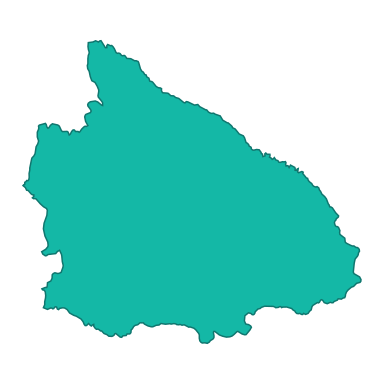 Prata, Minas Gerais, Brazil
{"feature_id": "56859067B48710486715982", "entity_name": "Prata", "entity_type": "district", "adm_level": 2, "iso_a3": "BRA", "parent_name": "Brazil", "parent_adm1": "Minas Gerais", "projection": "equal_earth", "projection_center": [-48.964, -19.276], "detail": "fine", "context": "isolated", "style": "filled", "palette": "teal", "viewbox_px": 384, "rotation_deg": 0, "n_neighbors": 0, "source": "geoboundaries", "source_scale": "gbopen_adm2", "svg_char_len": 5884}
<svg xmlns="http://www.w3.org/2000/svg" viewBox="0 0 384 384"><path d="M43.4,307.7L47.5,309.4L50.6,308.0L51.9,308.1L52.7,308.8L53.7,308.6L54.6,307.3L55.5,306.8L56.6,307.1L57.4,309.1L58.6,309.6L59.6,308.4L62.6,307.8L64.6,308.0L67.2,309.6L69.6,313.0L73.7,315.3L76.3,316.2L81.0,319.0L83.1,321.7L84.2,324.4L85.2,325.6L86.6,325.5L88.6,323.5L90.4,325.5L91.5,326.0L92.5,324.9L93.7,324.4L93.8,326.3L95.2,328.3L96.4,329.3L97.9,329.1L99.3,329.8L100.4,330.9L101.6,330.9L104.0,333.5L106.9,334.6L108.8,336.2L111.9,336.4L113.2,335.8L114.2,335.0L114.7,333.9L115.8,333.5L120.2,337.1L121.7,337.3L123.0,335.8L126.2,335.5L127.0,334.0L129.8,333.9L130.9,332.7L131.2,329.8L132.2,329.0L133.7,326.5L135.1,325.4L137.8,324.7L140.0,322.8L143.5,322.9L144.3,324.0L147.9,325.9L151.3,326.8L152.8,326.8L156.2,325.3L159.1,325.0L160.9,323.5L165.5,324.2L170.1,323.7L171.0,324.1L173.8,323.6L175.8,323.9L176.7,324.6L178.9,324.8L180.0,324.4L182.0,325.2L184.2,324.8L188.9,327.2L190.0,326.9L193.9,328.2L195.8,329.8L198.6,333.3L199.3,334.8L199.3,338.4L199.8,340.8L200.9,342.2L202.2,343.0L204.8,342.8L207.3,343.3L209.3,342.1L210.4,340.6L212.9,339.1L213.9,337.7L214.0,335.9L213.4,332.6L213.7,331.5L214.8,331.4L219.3,334.9L222.6,336.2L226.4,337.1L229.9,336.8L232.1,336.0L234.1,334.4L236.9,331.7L237.9,331.4L242.1,334.0L244.8,334.8L246.1,334.6L249.9,330.0L251.4,327.3L250.7,326.0L248.6,324.6L245.9,324.1L245.2,322.8L244.4,320.9L244.9,315.7L248.5,312.8L251.0,313.5L252.1,314.6L253.1,314.8L254.0,314.4L254.8,313.3L255.2,311.8L258.0,309.0L260.1,308.5L261.4,307.4L264.6,306.2L273.2,306.4L274.6,306.9L275.7,307.7L278.3,307.4L279.7,306.6L280.7,306.6L281.6,307.6L282.8,307.1L286.6,307.0L291.7,308.5L292.8,309.8L294.9,311.1L295.6,312.4L296.9,313.5L298.5,313.7L299.9,313.4L301.4,314.4L302.7,314.5L303.6,313.4L305.6,314.4L308.1,313.4L309.6,311.2L311.2,309.9L312.0,306.6L313.0,305.3L317.3,302.6L318.5,302.9L319.4,302.3L320.5,300.3L321.4,299.7L322.7,300.3L324.2,302.6L327.2,303.7L330.3,302.3L331.9,302.8L333.1,302.7L334.1,301.5L337.4,300.1L338.2,298.8L341.4,299.1L343.2,298.0L344.7,297.7L345.4,296.0L345.5,294.5L346.6,291.8L348.1,290.0L351.4,287.2L353.6,286.4L356.6,283.3L360.0,282.4L360.8,281.4L361.0,279.6L359.6,276.9L354.0,273.7L353.3,272.1L354.2,263.3L355.1,259.1L357.6,256.0L358.2,254.7L358.5,252.8L359.5,251.2L359.2,249.4L358.4,248.2L357.0,247.4L356.0,247.5L353.9,245.9L352.8,246.1L350.8,245.4L346.4,243.2L345.2,242.0L344.8,238.2L339.9,234.4L339.6,232.4L339.9,230.6L338.5,227.4L337.4,226.6L336.2,226.5L335.4,225.8L334.8,224.4L334.4,222.5L334.9,221.1L335.8,220.2L336.3,218.8L338.3,217.1L338.6,215.9L335.6,212.7L332.4,207.9L331.0,207.0L329.7,206.8L329.2,205.0L328.4,204.1L326.4,198.9L324.7,196.6L321.8,194.0L320.5,191.2L319.6,190.3L318.7,187.8L317.0,186.6L316.0,187.1L313.7,186.3L312.7,185.3L311.7,183.5L309.2,181.6L308.1,180.0L307.6,178.3L306.4,178.0L302.7,173.4L303.2,172.2L301.9,171.5L298.6,172.7L297.7,172.0L298.2,168.6L297.1,169.1L296.5,170.4L295.1,170.3L295.2,168.7L294.8,167.4L290.5,165.1L289.1,167.5L288.3,166.0L287.2,165.6L286.1,166.0L285.6,164.2L286.0,162.8L285.4,161.6L284.0,161.9L282.6,161.7L280.1,162.4L278.8,162.2L277.9,160.6L275.9,160.0L274.3,157.6L273.4,158.7L272.2,159.4L271.5,158.3L269.5,157.2L270.0,155.9L269.9,154.3L266.9,154.2L265.8,153.0L264.8,153.9L265.0,155.9L262.9,156.6L262.4,154.0L261.3,153.6L261.1,152.4L259.2,149.8L256.6,149.5L253.8,150.2L252.4,149.9L251.4,149.0L251.1,147.3L249.1,146.0L248.7,144.7L247.5,143.3L246.1,142.6L244.5,137.7L243.3,135.8L239.2,134.0L235.2,129.0L232.5,127.7L232.1,126.5L231.3,125.6L228.2,122.9L227.2,122.8L222.8,120.2L220.2,115.9L215.2,114.2L213.7,113.2L211.0,113.4L208.5,112.1L206.7,109.9L205.6,109.8L199.8,106.7L197.8,104.5L194.5,105.1L187.9,101.9L186.3,101.6L185.0,102.9L183.7,102.5L178.7,98.4L175.6,97.5L173.7,95.9L170.8,95.7L168.3,93.4L167.1,93.1L162.8,92.8L161.8,91.6L161.4,90.1L161.6,88.8L160.6,88.0L158.3,87.7L156.2,86.5L152.8,82.3L151.9,81.6L149.7,81.1L148.9,78.2L146.7,76.8L146.2,75.0L144.7,74.5L143.3,72.1L142.0,71.4L140.5,69.0L138.7,62.7L138.1,61.5L136.0,60.7L134.7,60.8L130.8,58.7L126.8,58.4L125.2,56.0L124.1,55.4L122.7,55.8L121.5,55.4L120.1,53.6L118.8,53.1L117.3,53.3L116.1,52.6L114.4,48.8L113.0,46.7L111.7,45.5L110.4,45.7L107.7,44.5L106.8,45.7L106.8,47.6L105.4,47.7L101.0,40.7L99.8,40.9L98.5,42.0L95.6,40.8L92.9,42.0L88.3,42.6L88.0,46.5L88.4,49.6L89.2,52.1L89.0,53.7L88.3,55.3L87.9,58.7L87.9,63.6L87.3,65.6L87.7,68.7L89.2,71.4L90.3,76.7L91.8,80.7L95.0,82.4L97.2,86.2L98.7,89.9L98.7,91.6L98.0,95.7L98.3,97.1L101.9,101.5L102.6,102.8L102.6,105.5L101.5,105.1L97.8,102.0L95.3,101.0L90.2,101.8L88.3,103.2L87.7,104.6L87.9,106.0L90.5,109.5L91.2,111.0L90.4,112.6L85.9,114.4L85.2,115.3L84.7,116.9L85.6,121.4L87.9,125.6L86.3,126.5L85.1,126.2L83.8,127.0L81.6,129.2L80.1,131.5L79.2,132.3L78.1,131.5L75.5,131.5L74.4,130.0L73.1,129.9L71.7,131.4L70.2,134.3L69.2,135.0L68.1,132.1L67.1,131.4L62.5,131.6L61.4,130.6L59.3,126.1L57.8,125.0L52.4,123.8L50.4,125.3L48.9,127.7L47.9,128.2L46.8,126.8L46.3,124.7L45.4,123.4L39.3,125.1L38.5,126.1L38.8,127.8L38.5,129.4L37.3,132.2L37.3,137.0L38.6,141.0L37.8,143.8L36.1,146.8L35.1,153.6L33.9,155.9L32.0,157.9L31.6,159.1L29.8,168.0L29.8,170.0L29.1,173.4L29.2,177.4L28.8,179.6L27.9,180.7L26.7,180.5L26.0,181.6L24.8,182.3L24.7,184.5L23.8,184.7L23.0,185.6L25.4,187.6L26.6,190.2L28.2,190.5L31.0,193.8L32.4,194.8L33.8,194.9L33.8,196.5L32.4,197.8L33.6,198.7L35.0,198.6L36.0,198.9L40.3,203.8L43.6,206.8L46.5,208.5L47.3,210.2L46.9,215.3L44.1,223.2L43.4,228.8L45.0,236.1L47.8,242.1L48.1,245.3L47.8,246.8L45.7,249.3L41.7,251.7L42.8,254.1L45.3,255.8L46.7,255.6L47.6,254.7L48.7,254.4L55.7,253.6L57.4,251.5L59.6,250.3L61.4,254.2L61.8,255.9L62.3,261.6L63.2,265.3L63.0,267.1L61.1,272.4L59.2,273.3L57.7,273.5L54.9,272.8L53.3,273.5L52.2,274.8L52.1,278.3L50.8,281.0L47.5,282.7L47.2,286.2L46.7,287.5L45.5,287.4L41.9,288.8L42.5,289.8L44.1,290.2L45.2,291.6L45.7,295.5L45.5,298.0L44.7,301.8L44.7,304.7L43.4,307.7Z" fill="#14b8a6" stroke="#0f766e" stroke-width="1.5"/></svg>